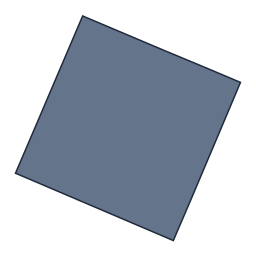 Boone, Iowa, United States of America (orthographic projection), rotated 293°
{"feature_id": "52423323B40017288212337", "entity_name": "Boone", "entity_type": "district", "adm_level": 2, "iso_a3": "USA", "parent_name": "United States of America", "parent_adm1": "Iowa", "projection": "orthographic", "projection_center": [-93.897, 42.037], "detail": "fine", "context": "isolated", "style": "filled", "palette": "slate", "viewbox_px": 256, "rotation_deg": 293, "n_neighbors": 0, "source": "geoboundaries", "source_scale": "gbopen_adm2", "svg_char_len": 307}
<svg xmlns="http://www.w3.org/2000/svg" viewBox="0 0 256 256"><g transform="rotate(293 128 128)"><path d="M42.1,213.7L84.9,213.9L170.5,213.8L213.9,213.7L213.9,203.8L213.8,170.6L213.5,129.0L213.4,42.5L127.9,42.3L110.2,42.3L42.4,42.1L42.1,213.7Z" fill="#64748b" stroke="#1e293b" stroke-width="1.5"/></g></svg>